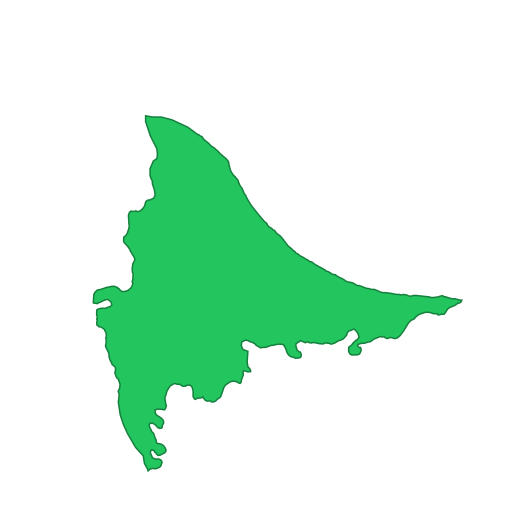 the district of Ramón Villeda Morales, Gracias a Dios, Honduras, rotated 341°
{"feature_id": "27666195B49147516395854", "entity_name": "Ramón Villeda Morales", "entity_type": "district", "adm_level": 2, "iso_a3": "HND", "parent_name": "Honduras", "parent_adm1": "Gracias a Dios", "projection": "natural_earth1", "projection_center": [-83.403, 15.103], "detail": "fine", "context": "isolated", "style": "filled", "palette": "green", "viewbox_px": 512, "rotation_deg": 341, "n_neighbors": 0, "source": "geoboundaries", "source_scale": "gbopen_adm2", "svg_char_len": 6078}
<svg xmlns="http://www.w3.org/2000/svg" viewBox="0 0 512 512"><g transform="rotate(341 256 256)"><path d="M84.0,424.0L86.3,423.1L88.7,423.1L91.9,424.5L95.1,424.5L96.7,424.1L98.0,423.2L100.0,420.5L100.0,419.1L99.6,417.7L98.0,416.3L95.2,415.4L93.2,414.0L92.4,412.6L92.0,407.6L93.2,405.7L94.8,405.7L96.1,406.7L96.4,407.6L96.4,408.5L97.2,409.4L97.2,410.4L98.4,412.7L100.8,413.1L105.7,412.3L107.3,411.3L107.7,410.4L107.7,408.1L106.9,405.4L105.3,403.1L101.3,400.8L101.3,398.9L101.7,397.5L101.4,395.7L101.4,390.2L100.2,387.9L100.2,386.1L99.8,384.7L99.8,381.5L100.7,380.1L101.5,379.7L102.3,380.1L103.5,380.1L105.9,382.9L107.5,386.6L108.7,387.5L110.3,388.0L111.5,387.5L112.3,385.7L114.3,383.9L114.7,382.5L114.7,380.7L113.6,378.4L110.4,374.2L109.6,371.9L110.4,368.7L112.8,368.7L114.4,369.2L117.6,370.6L118.8,371.5L119.6,371.6L120.9,370.6L122.5,368.4L122.5,366.5L123.7,360.1L125.4,358.3L127.8,354.7L132.3,351.0L136.3,350.1L137.9,350.2L139.5,351.5L142.3,352.5L142.7,353.4L144.3,355.2L145.1,355.7L146.3,355.7L147.1,356.2L147.9,355.7L149.1,355.7L151.6,356.7L152.8,358.5L152.7,362.7L150.7,368.6L151.1,369.5L151.1,370.9L151.9,371.8L154.3,371.4L157.9,372.3L159.9,371.9L159.9,372.8L161.1,376.0L162.7,377.4L165.1,377.9L166.7,379.7L169.1,380.2L171.1,379.8L172.8,378.9L176.0,378.0L177.2,377.1L182.9,369.8L185.3,368.0L190.6,366.6L192.6,366.7L195.4,367.6L196.2,368.5L197.4,369.0L198.2,370.4L199.4,371.3L200.6,370.8L201.8,368.6L205.1,364.5L205.9,362.6L205.9,361.3L206.3,360.8L207.1,360.4L210.3,362.7L213.1,363.6L213.5,363.2L213.6,361.8L213.2,359.9L212.4,358.6L212.4,357.2L213.2,353.1L217.3,343.5L213.3,340.2L212.9,336.1L214.6,332.5L216.6,332.5L218.2,332.0L221.0,333.4L222.6,335.3L224.2,336.2L226.6,339.0L227.0,340.4L230.6,344.5L232.2,344.5L235.4,345.5L241.5,345.5L243.1,346.0L247.9,346.5L251.9,347.9L253.1,348.8L253.9,352.5L253.9,357.5L254.6,360.3L256.2,362.6L258.6,364.0L259.8,365.4L263.1,366.3L265.1,366.4L266.3,365.0L266.7,363.6L266.7,361.3L265.9,360.9L264.3,358.6L264.4,354.0L265.2,352.1L267.6,351.3L268.8,351.3L270.4,350.4L274.4,354.1L276.0,353.6L279.2,355.9L280.4,356.4L282.1,356.4L287.7,359.7L291.3,361.1L292.9,360.6L296.9,362.5L297.7,363.4L298.9,363.9L302.5,363.9L305.8,363.1L309.4,363.1L311.8,362.7L315.9,360.4L317.5,358.1L319.5,357.2L322.3,357.2L324.3,356.8L325.1,357.3L326.3,359.6L327.1,362.3L327.1,366.0L325.1,367.8L323.0,368.3L319.0,370.1L317.4,371.4L314.2,372.3L313.8,372.8L312.5,376.4L312.9,379.2L314.1,380.6L319.3,382.4L321.3,382.5L322.5,382.0L324.6,379.7L325.0,378.4L325.0,376.5L324.2,376.5L323.8,376.1L323.0,374.2L323.0,373.3L323.8,372.8L327.8,372.9L329.9,373.8L334.3,373.9L335.9,374.3L340.3,373.0L347.6,372.6L348.4,373.5L350.8,374.0L351.6,375.4L353.2,376.8L356.8,376.8L360.0,379.1L362.4,379.6L366.1,378.3L370.9,375.1L378.6,368.8L381.4,367.4L385.1,367.0L387.1,365.7L391.1,364.3L398.0,364.4L399.6,364.9L403.2,366.7L404.0,367.6L405.6,368.6L408.4,369.5L408.8,370.9L410.4,371.4L412.4,371.4L414.8,372.3L416.4,371.4L419.7,368.7L422.1,367.8L428.2,367.4L431.4,366.5L433.8,366.6L435.0,366.1L436.2,364.8L435.1,364.4L429.8,361.0L427.8,360.5L423.0,357.2L422.2,356.3L421.3,356.3L420.1,355.4L419.8,354.4L417.7,354.0L413.7,353.9L412.9,353.4L411.7,353.4L408.5,352.5L406.5,351.1L394.5,345.4L391.6,344.5L389.6,344.5L388.4,344.0L386.8,343.1L386.0,342.1L382.8,340.3L380.4,340.2L379.6,339.3L376.0,337.9L369.6,334.2L368.8,334.1L367.6,333.2L366.8,333.2L366.4,332.7L364.8,332.3L362.3,330.9L357.2,326.2L353.5,324.8L352.7,323.9L349.9,322.5L344.3,317.8L341.5,316.4L341.1,315.5L340.3,315.0L339.9,314.1L337.9,312.3L334.3,310.4L332.3,308.5L331.9,307.6L329.5,304.8L328.3,303.9L325.5,300.7L325.2,299.7L321.9,297.9L321.2,296.5L320.0,295.5L319.6,294.6L317.6,293.2L316.8,291.8L313.2,287.7L311.6,286.3L310.8,284.9L309.6,284.0L306.8,279.8L305.2,278.9L303.2,276.1L301.6,274.7L300.8,273.3L298.0,270.5L296.0,267.3L294.8,266.4L294.0,264.1L292.4,262.2L292.1,260.8L289.7,257.1L286.5,247.5L285.3,244.7L283.0,241.5L281.8,237.8L280.6,236.9L279.8,235.0L277.8,232.7L277.0,230.9L277.0,229.5L276.2,227.6L275.4,226.7L272.3,218.9L267.9,206.4L266.8,201.4L266.0,197.2L266.0,195.4L265.2,193.1L264.9,188.1L263.7,183.5L263.7,181.6L263.3,180.7L263.8,179.3L263.0,176.6L262.2,175.2L262.2,174.3L261.0,172.4L259.8,167.8L259.9,164.1L260.3,160.0L260.7,158.6L260.3,156.3L259.5,154.5L255.2,147.1L253.6,143.4L252.8,142.5L252.0,140.7L249.2,137.0L248.0,134.2L244.8,129.1L243.7,125.4L242.5,124.5L241.3,122.6L240.1,121.7L233.5,112.1L221.1,100.1L211.9,93.9L203.0,90.7L197.3,87.5L195.4,92.9L195.2,108.2L197.2,122.3L196.0,127.4L194.2,131.5L189.8,132.8L184.1,139.2L182.0,145.6L182.0,149.2L182.4,151.1L181.5,154.3L181.5,159.8L180.7,164.8L180.3,165.7L178.2,168.0L173.8,168.4L171.4,167.9L169.4,168.8L166.9,172.5L163.7,174.8L162.9,174.8L161.2,175.7L158.4,175.6L157.2,174.2L155.6,174.2L154.0,173.8L152.4,172.8L152.0,173.3L150.8,173.3L148.8,175.6L147.5,179.7L147.5,181.0L146.7,182.4L145.9,186.5L144.2,189.3L141.8,192.5L139.0,194.7L137.7,194.7L136.9,195.6L135.7,198.8L135.7,200.2L137.7,204.8L138.9,208.9L138.8,210.3L140.4,217.7L140.4,219.0L140.0,220.4L136.7,223.6L136.3,225.0L135.1,226.8L133.9,230.9L133.9,233.2L131.4,239.1L130.6,239.6L130.6,241.9L128.9,244.2L127.3,245.5L123.7,246.9L120.1,246.8L117.7,245.9L116.9,245.0L115.7,242.2L114.9,241.8L114.9,240.8L112.1,238.5L109.2,237.6L106.8,237.6L105.6,237.1L97.6,237.0L96.4,236.6L94.7,236.6L91.9,237.9L90.7,239.3L90.3,239.3L87.0,247.0L87.0,247.5L90.6,249.4L92.2,248.9L95.5,248.9L96.7,248.5L100.7,248.5L101.9,249.0L103.9,252.2L103.9,254.5L103.5,255.4L101.9,256.3L95.8,256.3L93.8,255.3L91.4,254.9L89.0,254.8L87.8,255.3L86.1,259.9L86.1,261.7L85.7,263.1L84.9,263.5L84.9,264.9L83.3,268.1L83.2,269.9L84.0,270.4L84.4,271.8L86.4,272.7L88.4,275.5L88.8,276.4L88.8,277.8L89.2,279.2L88.8,281.9L88.0,283.7L87.2,284.6L87.2,285.6L85.9,289.7L84.7,291.5L84.3,292.9L85.1,299.3L85.1,301.1L84.2,303.4L84.2,308.0L84.6,308.5L84.6,311.7L86.6,314.9L86.6,316.7L86.2,317.2L86.2,318.1L84.5,320.4L84.5,324.5L84.9,326.3L85.7,327.7L85.7,332.8L84.0,336.9L83.2,337.3L81.6,339.2L81.6,342.4L78.3,349.2L75.9,362.0L75.8,372.2L76.8,382.5L79.9,397.9L84.3,408.2L83.0,415.8L84.1,422.2L84.0,424.0Z" fill="#22c55e" stroke="#15803d" stroke-width="1.5"/></g></svg>